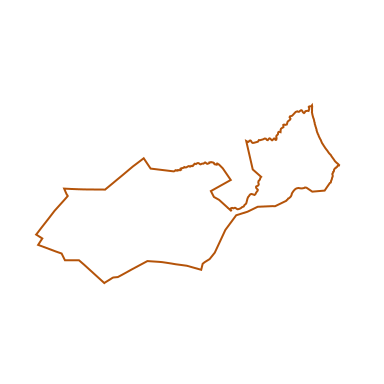 Magdalena Jaltepec, Oaxaca, Mexico (Albers equal-area conic projection), rotated 225°
{"feature_id": "50627088B54768587379535", "entity_name": "Magdalena Jaltepec", "entity_type": "district", "adm_level": 2, "iso_a3": "MEX", "parent_name": "Mexico", "parent_adm1": "Oaxaca", "projection": "albers", "projection_center": [-97.263, 17.244], "detail": "fine", "context": "isolated", "style": "outline", "palette": "amber", "viewbox_px": 384, "rotation_deg": 225, "n_neighbors": 0, "source": "geoboundaries", "source_scale": "gbopen_adm2", "svg_char_len": 5543}
<svg xmlns="http://www.w3.org/2000/svg" viewBox="0 0 384 384"><g transform="rotate(225 192 192)"><path d="M130.5,143.5L133.7,148.8L133.4,151.4L132.1,157.0L133.0,165.2L136.2,174.0L141.6,188.8L144.3,206.8L138.8,217.3L135.1,228.0L125.2,238.8L123.2,240.7L119.1,252.5L119.3,253.2L119.1,254.3L119.2,254.7L119.4,255.3L119.2,255.8L119.0,256.2L119.0,256.9L118.9,257.8L119.0,258.9L119.3,259.7L119.7,260.7L120.2,261.3L120.5,262.2L120.9,264.3L121.0,265.2L121.0,266.2L121.0,267.2L120.8,267.9L120.5,268.7L119.6,270.1L118.7,270.7L117.5,271.6L116.7,272.4L116.3,273.0L115.8,273.7L115.4,274.4L115.3,275.1L114.0,276.0L107.2,277.3L99.2,286.8L99.9,290.4L100.9,295.9L100.6,296.8L100.8,297.2L101.0,297.6L101.3,297.9L101.5,298.2L102.1,299.8L102.5,300.4L102.8,300.8L103.3,301.9L103.4,302.3L104.0,303.0L104.4,303.3L104.8,303.6L105.2,303.7L105.6,304.1L105.8,304.7L105.8,305.3L106.0,305.7L106.4,306.0L106.4,306.4L106.3,306.8L106.5,307.1L106.8,307.6L107.3,308.2L107.5,309.0L107.6,309.7L107.5,310.4L107.3,310.8L107.5,311.3L107.2,312.2L107.3,313.0L107.6,313.6L107.4,313.9L107.1,314.3L107.0,314.6L106.2,315.3L107.0,315.0L108.0,315.1L109.0,315.1L110.4,314.9L111.5,314.9L112.9,314.9L114.2,315.2L115.4,315.4L118.6,315.9L119.9,316.3L121.6,316.3L122.9,316.4L124.0,316.6L125.5,316.9L126.3,317.0L127.3,317.1L128.5,317.3L129.3,317.4L130.5,317.7L131.7,317.9L132.8,318.2L133.8,318.4L134.5,318.5L136.3,319.2L137.9,319.9L139.2,320.2L139.9,320.5L141.5,321.0L143.4,321.9L144.1,322.0L145.0,322.5L146.1,322.9L147.2,323.6L147.6,323.7L148.3,324.4L149.2,324.7L149.6,325.0L150.1,325.3L151.1,325.7L151.6,326.1L152.6,326.6L153.3,326.9L154.3,327.8L155.1,328.1L155.7,328.5L156.2,328.9L157.7,329.8L158.5,330.1L158.9,330.3L160.5,331.2L161.3,331.7L162.0,332.1L162.6,332.6L163.4,333.0L163.8,333.5L164.7,334.5L165.3,335.0L165.8,335.6L166.2,336.0L166.4,336.1L167.3,337.3L168.5,338.2L168.3,336.7L169.6,335.5L169.6,334.7L167.8,333.7L166.9,331.7L167.6,331.3L168.9,329.4L168.5,327.5L168.6,327.0L169.9,326.8L171.1,327.2L172.3,327.3L172.8,326.7L173.1,324.3L173.8,323.7L174.6,323.5L175.3,321.9L175.1,316.8L176.2,314.7L175.9,313.9L174.7,313.6L174.1,313.4L173.8,312.2L174.1,310.2L174.1,309.7L174.0,309.1L172.7,306.8L173.5,305.4L174.6,304.8L174.9,304.0L173.2,302.5L173.3,301.9L173.6,301.1L173.8,299.7L173.4,298.8L172.3,297.6L171.7,296.9L172.6,296.4L173.2,295.8L173.2,295.1L172.0,293.5L172.1,291.7L171.7,290.9L170.1,289.7L169.4,288.6L169.5,288.1L170.0,287.9L171.1,288.4L171.8,287.9L171.8,285.4L172.1,285.1L174.3,285.0L175.0,284.9L175.3,284.3L175.1,282.2L175.8,281.8L177.5,281.9L178.4,281.2L179.0,279.4L180.6,276.6L181.4,276.1L181.0,274.1L183.1,270.4L183.8,269.6L184.8,269.4L186.3,269.8L187.0,269.8L187.6,269.0L187.5,267.9L187.7,267.0L189.0,266.6L189.7,266.4L165.8,251.4L165.0,250.9L153.8,251.6L153.8,251.4L153.9,251.1L153.7,250.6L153.5,250.2L153.3,249.6L152.9,249.0L152.7,248.2L152.8,247.1L152.4,246.5L152.1,245.8L151.3,245.2L150.6,244.9L150.2,244.6L149.9,243.9L149.9,243.3L149.9,242.8L150.1,242.5L150.3,242.0L150.5,241.2L149.9,240.5L149.2,240.2L148.5,240.2L147.9,240.1L147.5,240.2L147.0,240.1L146.5,239.3L146.5,238.7L146.4,238.2L146.2,237.1L146.0,236.3L145.7,235.6L145.6,234.8L145.8,234.0L146.6,233.7L147.4,233.3L148.1,232.9L148.7,232.5L149.1,231.5L149.1,230.5L148.9,229.9L148.8,229.2L148.8,228.3L148.5,227.7L148.3,226.9L145.7,222.5L145.5,221.4L145.7,220.1L145.4,219.0L145.2,218.3L145.9,216.7L146.0,215.4L146.2,214.6L146.6,213.6L147.0,212.8L147.7,211.9L148.6,211.7L149.7,211.5L150.2,211.4L150.8,210.8L151.0,209.9L151.4,209.5L152.0,209.4L152.4,209.1L152.8,208.4L152.9,208.1L152.9,207.5L152.9,207.2L153.1,206.9L153.4,206.5L152.9,206.6L152.2,206.9L150.5,206.4L167.3,205.6L173.0,204.0L179.3,206.0L173.1,227.9L187.0,230.5L192.4,230.5L192.8,230.3L194.2,230.1L194.4,229.9L194.3,229.7L194.2,229.4L193.7,229.1L193.9,228.7L194.3,228.4L194.8,228.4L195.4,227.7L196.0,227.6L196.6,227.7L196.9,228.0L197.2,228.0L197.8,227.8L198.3,227.6L198.7,227.1L199.6,226.7L199.8,226.2L200.1,226.0L200.6,225.2L200.2,224.9L200.2,224.7L200.9,223.0L201.3,222.6L202.1,222.5L202.4,222.4L203.5,222.3L203.7,222.1L203.7,221.8L203.8,221.1L203.9,220.7L203.9,220.2L204.5,219.7L204.7,219.4L205.0,219.0L205.2,218.5L205.3,218.2L205.4,217.8L205.6,217.5L206.2,217.3L206.8,217.2L207.3,217.2L208.0,216.9L208.4,216.5L208.6,216.1L208.6,215.9L208.8,215.5L208.9,214.9L208.9,214.6L209.8,214.1L210.2,213.8L210.2,213.5L209.9,212.9L210.0,212.5L210.1,212.0L210.1,211.5L209.8,210.9L210.0,210.6L210.5,210.2L211.1,209.9L211.1,208.9L211.7,208.3L212.5,208.2L212.9,207.4L213.4,205.5L213.9,204.8L214.5,204.5L215.1,204.2L214.9,203.5L215.4,202.7L215.5,202.3L216.0,201.8L216.2,201.4L216.5,200.8L216.6,200.5L216.1,200.3L215.5,200.0L215.7,199.5L215.7,199.1L216.0,198.9L216.4,198.6L216.6,198.2L217.4,197.7L217.6,197.4L217.3,197.0L217.7,196.4L218.2,196.3L218.7,196.1L219.1,195.7L219.0,195.4L219.0,194.9L219.3,194.0L219.7,193.5L237.3,179.7L237.8,179.3L238.2,179.4L238.9,179.5L243.5,180.4L250.0,181.7L250.6,177.2L251.4,171.4L251.8,168.7L251.9,167.8L252.2,164.4L253.0,155.0L253.8,146.7L254.2,142.1L255.1,132.9L255.1,132.3L258.0,129.5L262.5,125.0L264.6,123.0L265.7,121.9L268.1,119.5L270.9,116.8L274.4,113.5L279.7,108.6L284.8,104.0L281.3,102.6L278.6,101.6L278.1,101.6L277.4,101.5L277.0,101.2L276.7,96.7L275.9,81.6L274.6,71.7L273.2,60.2L272.2,52.8L272.1,51.7L265.0,53.3L263.4,45.8L246.1,53.7L240.7,56.3L233.6,53.9L223.7,63.8L216.9,64.3L189.6,65.6L189.5,66.5L187.8,73.7L187.5,75.2L187.1,76.0L184.3,79.4L182.9,84.0L179.8,94.8L174.7,111.6L165.8,119.4L163.4,121.4L159.9,124.0L155.8,127.0L152.4,129.4L148.5,132.4L143.5,136.2L130.5,143.5Z" fill="none" stroke="#b45309" stroke-width="2"/></g></svg>